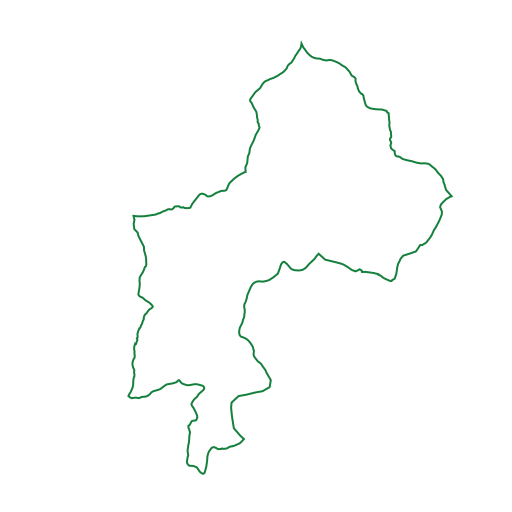 the district of Makambako Township Authority, Njombe, United Republic of Tanzania, rotated 313°
{"feature_id": "72390352B34261430797900", "entity_name": "Makambako Township Authority", "entity_type": "district", "adm_level": 2, "iso_a3": "TZA", "parent_name": "United Republic of Tanzania", "parent_adm1": "Njombe", "projection": "mercator", "projection_center": [34.908, -8.902], "detail": "fine", "context": "isolated", "style": "outline", "palette": "green", "viewbox_px": 512, "rotation_deg": 313, "n_neighbors": 0, "source": "geoboundaries", "source_scale": "gbopen_adm2", "svg_char_len": 6074}
<svg xmlns="http://www.w3.org/2000/svg" viewBox="0 0 512 512"><g transform="rotate(313 256 256)"><path d="M201.8,139.1L199.6,142.4L196.0,144.7L192.7,148.6L192.4,153.4L190.4,156.5L186.3,167.8L183.7,170.4L181.5,174.1L179.6,176.9L174.9,181.7L173.0,182.5L171.7,182.0L171.8,182.1L170.7,183.0L167.0,184.3L164.3,184.8L160.9,185.6L158.1,188.0L156.4,190.0L152.9,192.7L147.7,196.1L147.3,197.2L147.2,198.7L147.8,200.4L148.2,201.7L148.2,205.0L149.1,209.6L149.2,211.1L149.0,214.1L148.5,215.0L148.2,215.2L146.7,215.2L144.5,214.5L143.1,214.5L138.9,215.0L137.2,214.7L136.6,215.1L135.5,215.3L133.9,216.3L133.0,217.2L131.6,217.4L129.1,218.7L126.3,219.5L124.7,220.2L123.2,220.3L123.2,220.2L121.2,220.9L118.2,222.4L116.0,224.8L114.5,225.0L113.9,226.4L109.6,228.3L108.8,228.0L108.9,227.7L107.1,228.5L105.0,230.1L103.3,232.3L101.6,233.8L100.2,235.5L98.6,236.6L96.9,236.9L94.8,237.8L92.9,239.1L92.0,240.1L90.5,242.4L90.3,243.2L89.5,244.9L87.7,246.2L86.5,247.9L84.6,249.4L84.0,249.4L82.8,250.2L82.6,250.2L80.4,251.9L78.4,253.7L76.0,255.3L71.5,257.0L68.3,257.6L66.5,258.3L66.7,260.2L67.1,261.9L68.1,262.8L69.4,263.7L70.7,265.0L71.3,266.1L72.4,267.5L74.9,268.5L76.0,269.4L77.4,270.8L79.5,272.1L82.4,272.6L84.9,272.5L87.1,273.1L91.1,275.6L93.3,276.7L98.9,277.7L101.2,278.3L106.1,282.0L109.5,283.9L111.3,283.9L112.7,284.3L112.3,288.0L112.6,289.7L114.5,293.7L115.8,295.1L120.2,298.4L121.9,300.2L123.4,302.9L124.7,305.5L124.9,306.3L124.6,307.4L123.8,308.5L122.4,308.9L116.1,308.3L112.5,308.9L110.6,308.6L109.5,308.6L107.4,308.7L104.2,309.5L103.2,310.3L102.7,311.6L102.3,313.8L101.1,317.3L99.3,321.5L98.1,323.0L97.0,323.6L95.8,324.0L94.9,324.2L91.9,321.8L90.9,321.7L87.3,322.7L86.3,322.6L85.8,322.3L84.9,323.1L84.1,324.2L83.4,325.7L81.9,328.2L80.5,328.9L78.1,330.7L76.6,332.0L73.5,334.4L72.1,335.1L66.8,338.8L63.9,342.5L62.4,343.1L58.5,345.7L57.8,346.6L57.3,347.5L57.0,349.8L57.5,350.7L59.6,353.3L60.3,354.8L61.0,356.7L60.8,358.3L59.9,361.6L60.0,363.8L60.5,365.8L62.2,366.3L65.3,364.8L68.0,363.3L72.4,360.3L76.5,357.0L79.1,355.6L81.2,354.9L85.5,354.4L87.4,355.4L87.8,356.0L88.4,357.8L88.8,359.7L89.5,360.7L90.3,361.3L91.4,362.4L92.1,362.4L92.6,363.6L94.6,365.4L96.2,366.2L98.2,366.7L99.3,367.3L100.3,368.3L100.7,368.3L101.9,369.3L107.8,371.8L109.5,372.0L113.9,372.0L113.9,366.9L114.9,357.3L122.0,348.2L128.1,341.2L132.2,338.1L141.7,338.8L147.8,343.4L155.9,348.7L161.6,353.0L169.4,355.4L175.3,351.5L177.7,343.6L179.1,340.2L179.9,335.8L180.6,333.2L180.2,329.1L180.9,324.8L181.4,322.7L182.8,320.9L184.9,319.5L187.5,315.4L188.4,311.9L188.9,309.1L188.9,306.6L188.6,304.6L187.7,301.9L187.1,301.0L186.8,299.8L186.9,298.4L188.0,296.4L189.9,294.7L192.5,293.1L197.9,291.5L200.4,290.1L202.7,289.2L204.3,288.3L205.4,287.2L206.6,286.6L207.7,285.6L209.1,284.3L210.6,282.2L212.6,280.5L215.1,279.8L218.0,278.5L221.6,276.3L229.6,273.4L232.3,272.8L234.8,272.8L237.6,273.9L239.6,275.5L242.0,278.6L244.5,280.4L247.3,282.0L252.5,283.3L258.0,284.0L262.6,282.1L267.0,280.0L269.9,279.8L271.0,280.6L271.3,284.0L270.6,289.9L270.8,291.6L271.9,293.8L274.4,297.0L277.5,299.5L281.4,300.5L286.5,300.3L294.1,300.8L296.9,300.3L300.4,300.3L300.5,309.1L306.2,319.2L308.3,323.2L309.5,326.1L310.5,330.8L311.1,335.5L312.6,339.2L314.6,340.1L317.0,340.9L317.4,343.5L316.6,344.3L317.8,345.7L318.8,346.6L320.5,348.9L323.9,353.8L326.2,357.9L325.7,358.3L326.5,360.1L327.0,364.5L328.3,368.6L329.5,371.7L330.3,372.2L331.2,372.0L334.0,372.9L338.8,370.7L344.4,366.8L347.4,365.2L350.2,364.5L352.7,363.6L356.6,363.4L362.6,366.8L368.3,369.8L369.7,369.7L376.0,368.6L377.2,370.0L381.5,371.3L383.7,371.2L388.1,370.8L391.6,370.1L396.3,368.5L399.4,368.0L407.0,365.9L413.0,363.6L415.3,361.7L417.3,357.3L419.8,356.1L423.2,356.1L427.3,356.3L431.8,357.6L432.7,358.3L433.1,358.4L434.0,349.8L436.8,345.1L437.8,343.0L439.9,340.1L440.8,336.4L441.0,332.4L441.7,328.9L441.7,326.2L441.4,323.4L441.4,320.7L440.7,318.7L438.9,316.2L436.0,313.3L433.6,309.5L431.6,305.3L429.2,301.4L427.0,297.2L426.6,294.0L426.1,292.5L425.1,291.5L424.6,289.7L425.5,287.7L427.3,285.9L427.0,284.2L426.8,282.5L427.0,281.2L428.6,278.8L430.1,278.2L431.2,277.5L432.4,274.6L433.6,273.9L435.1,273.8L436.5,272.5L437.4,271.3L438.7,270.2L439.2,269.1L439.6,268.0L441.6,265.5L442.2,264.5L444.4,262.9L447.1,259.7L448.1,258.8L449.2,257.3L450.9,255.7L450.5,254.1L450.9,253.3L451.1,252.5L450.6,251.5L449.2,248.5L444.7,243.1L442.2,239.3L441.6,238.2L440.9,234.9L441.4,233.0L444.4,228.0L446.6,225.0L446.9,223.3L446.4,222.3L446.7,219.1L447.9,216.5L449.4,214.2L450.3,211.9L451.2,210.3L451.9,209.3L453.5,208.0L453.9,207.0L453.7,205.0L453.2,203.0L454.5,198.9L455.0,194.2L455.0,192.4L454.5,190.5L453.9,187.5L453.8,185.8L453.4,184.9L453.0,183.0L451.3,178.7L449.7,176.2L447.0,174.1L445.2,171.3L443.8,168.0L441.7,165.5L440.6,163.4L439.8,161.3L439.5,158.8L439.5,156.1L439.7,154.3L440.5,150.5L440.7,148.7L442.4,144.4L439.8,146.2L437.3,147.1L434.7,147.3L431.5,148.0L429.3,148.2L426.9,149.0L421.6,150.0L419.5,149.5L417.8,149.4L416.3,149.6L414.2,150.5L412.2,150.6L410.1,150.6L408.1,150.3L405.0,149.4L403.3,149.2L398.0,147.3L395.1,145.6L393.7,145.2L390.6,143.8L389.5,143.5L387.9,143.4L385.5,143.6L382.2,144.4L381.0,144.5L376.6,143.9L374.7,143.8L369.3,144.6L367.6,144.7L367.0,144.9L365.9,145.3L365.2,146.5L365.0,148.4L363.1,152.8L361.7,157.9L359.2,161.2L358.3,161.9L356.7,164.5L355.1,165.8L354.7,166.9L354.6,167.9L354.2,168.3L353.4,168.8L352.7,170.6L351.9,171.2L350.4,171.8L344.4,173.2L339.1,175.5L332.4,177.5L330.4,178.3L326.6,181.0L323.1,182.2L320.6,184.2L318.0,186.1L313.4,187.9L310.4,191.1L309.0,190.3L304.3,188.7L301.4,187.9L297.0,187.2L291.1,186.9L288.5,187.7L285.8,188.8L283.8,189.3L282.3,188.5L279.9,186.2L274.8,183.8L270.6,182.7L269.2,182.1L268.0,181.4L266.8,180.3L266.4,179.6L266.3,177.3L265.6,175.5L264.7,173.9L263.6,173.2L262.2,172.8L250.7,173.8L246.5,175.0L244.3,173.4L243.4,172.1L242.8,171.6L242.3,170.8L242.0,169.5L241.5,169.3L240.0,167.7L239.9,165.8L237.1,163.1L236.0,162.8L234.8,163.1L232.8,162.7L231.7,161.7L231.1,160.6L229.8,159.6L228.1,159.1L225.2,157.6L222.0,156.5L221.1,156.1L220.4,155.3L219.0,154.9L217.8,154.3L208.9,147.2L204.9,143.1L201.8,139.1Z" fill="none" stroke="#15803d" stroke-width="2"/></g></svg>